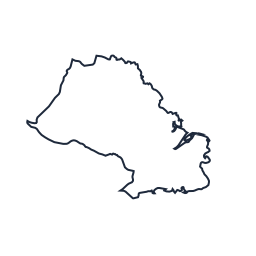 the Division of Dhaka, rotated 292°
{"feature_id": "BGD-1806", "entity_name": "Dhaka", "entity_type": "Division", "adm_level": 1, "iso_a3": "BGD", "parent_name": "Bangladesh", "parent_adm1": "", "projection": "robinson", "projection_center": [90.348, 24.137], "detail": "fine", "context": "isolated", "style": "outline", "palette": "slate", "viewbox_px": 256, "rotation_deg": 292, "n_neighbors": 0, "source": "natural_earth", "source_scale": "10m", "svg_char_len": 5583}
<svg xmlns="http://www.w3.org/2000/svg" viewBox="0 0 256 256"><g transform="rotate(292 128 128)"><path d="M96.9,32.1L96.6,34.3L96.8,36.8L97.4,39.5L98.2,41.0L99.2,41.2L101.5,40.2L103.9,40.1L118.4,46.6L128.6,49.0L133.6,51.2L135.9,51.3L142.5,49.8L147.9,50.3L150.5,49.6L151.4,49.6L152.1,49.9L153.6,50.6L156.0,51.0L156.5,51.0L156.9,50.7L157.6,50.0L157.9,49.8L159.0,49.9L159.8,50.4L160.6,51.1L161.6,51.6L163.4,51.8L170.8,50.8L170.6,54.0L171.5,57.3L171.5,58.3L171.3,59.1L170.6,60.2L170.0,61.5L169.3,64.2L173.6,71.6L175.5,72.5L183.2,71.7L184.1,75.1L184.5,76.6L184.7,80.0L184.3,84.0L184.7,85.4L185.0,85.5L185.3,85.5L185.7,85.4L186.2,85.4L188.2,85.4L188.9,85.8L189.3,86.4L189.6,87.3L189.5,87.9L189.3,88.3L189.0,88.7L188.8,89.1L188.8,89.7L188.8,90.1L188.7,90.6L188.5,91.0L188.1,91.3L187.4,91.5L187.0,91.8L187.0,92.3L187.9,93.4L188.2,94.2L188.6,94.7L189.0,95.0L190.1,95.7L189.2,98.2L188.5,99.6L188.0,100.5L187.5,101.0L187.3,101.1L187.3,101.4L187.3,101.7L187.8,102.3L188.3,102.7L189.0,102.7L189.8,103.1L190.0,104.5L190.1,104.9L190.1,105.8L189.0,106.6L190.4,108.0L190.8,108.5L191.2,109.1L191.3,109.6L190.9,110.3L190.5,110.5L189.8,111.3L190.7,112.8L189.3,113.9L187.0,114.9L186.1,117.5L185.6,118.0L185.1,118.9L184.2,119.6L183.1,120.0L181.8,120.1L181.3,120.4L181.3,121.2L181.4,122.1L181.2,122.7L180.8,122.8L180.3,122.6L179.4,121.8L177.2,125.0L176.5,125.3L175.7,125.5L175.3,125.8L175.6,127.3L175.5,127.6L176.7,129.4L176.2,130.5L177.5,131.3L177.0,132.9L175.8,134.4L174.7,135.1L173.9,135.9L173.4,137.7L173.7,139.1L173.3,141.0L172.0,144.2L169.5,147.8L168.6,148.6L168.0,149.0L167.6,148.9L167.3,148.8L166.8,148.5L165.3,147.4L164.9,147.7L164.4,147.9L164.0,148.0L163.5,148.1L161.5,148.0L161.1,148.1L160.7,148.3L160.2,148.6L159.8,149.0L159.4,149.4L159.2,150.0L159.2,150.6L159.5,152.2L159.5,152.8L159.4,153.3L158.1,157.1L157.1,158.7L156.9,159.4L157.2,159.9L158.1,160.6L158.5,161.0L158.8,161.4L158.9,162.0L158.9,162.5L158.4,163.5L157.8,164.1L159.5,166.1L160.1,166.9L160.0,167.3L158.9,167.4L158.2,167.9L157.9,168.5L158.4,169.4L157.7,170.1L156.3,171.1L155.7,172.0L155.3,172.0L154.1,172.0L153.9,172.4L154.5,173.1L155.7,174.1L155.2,175.6L154.1,174.9L153.4,174.8L152.1,175.6L150.5,176.2L149.5,176.9L149.2,176.6L148.2,173.6L148.5,171.5L149.5,169.7L151.2,168.9L150.8,168.4L150.7,168.7L150.7,168.8L150.3,168.9L149.8,168.2L148.7,168.3L146.3,169.4L146.7,170.4L146.4,171.1L145.6,171.4L144.5,171.5L143.4,171.4L142.6,171.1L140.9,169.9L141.5,171.1L142.4,171.9L143.5,172.3L144.5,172.5L147.0,172.6L147.5,173.2L147.6,180.0L147.4,180.8L146.9,181.3L146.4,182.4L146.0,183.7L145.9,184.9L143.7,183.9L130.9,181.3L128.4,180.3L126.2,178.7L126.1,179.6L126.7,180.4L135.2,185.9L136.2,186.8L136.8,187.7L137.2,188.7L137.8,189.4L139.9,189.9L141.7,190.8L142.7,191.2L147.0,191.7L147.5,192.2L149.5,195.4L149.7,196.6L150.0,199.3L149.7,198.9L149.2,198.1L148.6,197.4L148.9,198.9L149.2,203.4L149.0,205.2L147.2,207.9L146.8,208.3L146.0,208.1L145.8,207.5L146.1,206.8L146.8,206.2L146.8,205.7L146.3,205.7L145.6,206.8L144.9,207.5L144.0,208.0L142.7,208.3L140.3,208.3L139.5,208.6L139.2,209.9L139.2,210.4L139.1,210.5L138.8,211.2L138.5,211.5L137.4,212.2L135.7,211.3L134.8,210.4L133.3,209.2L132.0,208.9L131.2,208.7L131.1,208.8L130.2,209.1L129.5,209.6L128.9,210.8L129.6,211.0L130.6,210.8L131.1,211.2L131.2,212.5L131.0,212.9L130.7,213.3L130.6,213.7L130.1,214.2L129.4,215.5L128.7,216.0L128.3,216.0L127.8,216.1L127.0,215.8L126.1,215.1L124.8,213.4L124.4,212.2L124.3,210.2L124.1,209.6L123.7,209.1L123.1,208.8L122.4,208.7L119.2,209.3L118.6,210.5L118.1,211.9L116.9,212.6L115.8,213.8L115.2,214.7L113.9,216.0L113.6,216.5L112.7,218.6L111.1,221.0L109.5,222.7L108.6,223.2L107.5,223.5L105.2,223.9L102.5,222.4L102.0,221.9L100.6,220.3L100.2,220.0L99.3,219.5L98.9,219.2L98.6,218.7L98.2,217.3L98.0,216.6L97.1,215.4L95.0,213.3L94.0,212.0L92.4,208.3L91.7,207.3L91.2,207.0L90.1,206.7L89.5,206.2L89.3,205.8L89.0,205.2L89.0,204.5L89.0,203.6L90.3,204.8L91.0,205.1L91.4,204.0L92.5,202.5L92.9,202.1L93.7,201.8L93.9,201.2L93.5,200.5L92.6,200.1L91.9,200.3L91.3,200.8L90.7,201.2L89.9,201.1L88.9,199.8L89.2,198.2L89.0,196.9L85.5,195.9L86.1,194.7L87.4,193.4L88.1,192.2L86.2,192.3L84.5,190.2L83.6,187.3L83.6,184.9L84.1,184.9L84.4,185.3L84.6,185.6L85.5,186.0L84.2,179.8L83.6,178.2L82.4,177.0L80.4,175.8L78.4,175.6L77.4,177.2L77.2,176.8L77.0,176.3L76.9,175.7L77.0,175.1L77.4,174.9L78.3,174.1L78.9,173.4L78.5,173.0L77.8,172.7L77.5,171.9L77.2,170.9L76.8,170.2L75.9,169.2L72.1,163.0L71.4,162.6L70.6,162.7L69.5,163.1L67.6,163.2L64.9,159.5L64.7,158.8L68.1,149.5L68.2,148.0L68.1,147.3L67.1,144.4L69.3,145.9L75.1,148.6L76.6,149.5L79.2,152.0L80.9,152.4L82.0,152.0L84.0,150.6L85.0,150.2L88.7,149.8L90.2,149.4L90.1,148.5L89.5,145.0L89.3,143.9L89.6,142.2L90.4,139.9L96.0,134.9L96.8,134.1L97.4,133.1L97.9,132.0L98.1,129.3L98.8,128.1L98.6,127.9L98.7,126.8L99.0,125.8L98.7,125.3L98.7,124.9L98.8,124.3L98.5,123.6L97.4,123.2L97.3,121.6L97.3,121.2L97.1,120.9L96.4,120.3L94.6,118.3L94.5,118.0L94.1,117.8L94.0,117.7L93.9,117.6L93.9,116.9L93.9,113.9L93.5,111.0L93.5,110.3L94.2,104.8L94.2,102.0L94.7,99.6L94.8,98.1L94.8,96.7L94.6,95.8L95.0,95.0L95.7,94.0L96.2,92.1L96.2,91.2L95.8,89.7L95.9,88.9L96.6,85.4L96.6,83.8L96.3,82.4L95.9,81.7L95.3,80.9L94.1,79.8L92.2,78.7L91.1,77.9L90.4,77.1L89.6,75.3L89.0,73.8L87.4,65.6L87.3,65.0L87.7,58.6L88.3,54.6L89.2,50.5L90.7,47.3L91.3,46.3L92.0,45.3L93.0,43.8L93.4,41.9L92.8,37.8L94.3,34.0L94.5,33.5L94.9,32.9L95.8,32.3L96.9,32.1L96.9,32.1ZM144.1,189.7L142.9,190.3L141.6,189.9L140.5,189.0L138.4,186.7L137.7,185.6L137.9,184.9L139.6,184.9L142.0,185.8L145.1,187.6L147.6,189.6L148.1,191.2L145.7,189.4L144.4,188.8L144.1,189.7Z" fill="none" stroke="#1e293b" stroke-width="2"/></g></svg>